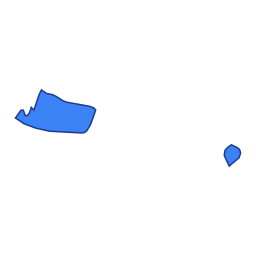 map outline of Ajman (Albers equal-area conic projection)
{"feature_id": "ARE-346", "entity_name": "Ajman", "entity_type": "Emirate", "adm_level": 1, "iso_a3": "ARE", "parent_name": "United Arab Emirates", "parent_adm1": "", "projection": "albers", "projection_center": [55.668, 25.371], "detail": "fine", "context": "isolated", "style": "filled", "palette": "blue", "viewbox_px": 256, "rotation_deg": 0, "n_neighbors": 0, "source": "natural_earth", "source_scale": "10m", "svg_char_len": 636}
<svg xmlns="http://www.w3.org/2000/svg" viewBox="0 0 256 256"><path d="M15.4,118.0L21.0,110.2L23.4,110.2L25.1,115.4L27.3,115.7L29.6,112.5L31.3,107.3L33.9,110.2L39.2,94.3L41.5,89.9L41.6,90.0L41.9,90.2L46.5,93.4L52.6,94.7L56.5,96.6L62.3,100.4L66.7,102.2L90.0,106.4L94.0,108.0L95.7,110.1L90.6,124.4L87.0,130.6L84.8,132.4L82.2,133.0L49.5,131.2L36.0,128.2L24.3,123.9L15.6,118.1L15.4,118.0L15.4,118.0ZM231.4,144.8L236.8,147.4L238.0,148.1L239.0,149.0L239.8,150.2L240.3,151.7L240.6,153.3L239.0,157.8L229.2,166.1L224.3,155.6L224.5,153.1L225.1,150.2L226.9,148.2L228.3,146.9L231.4,144.8Z" fill="#3b82f6" stroke="#1e3a8a" stroke-width="1.5"/></svg>